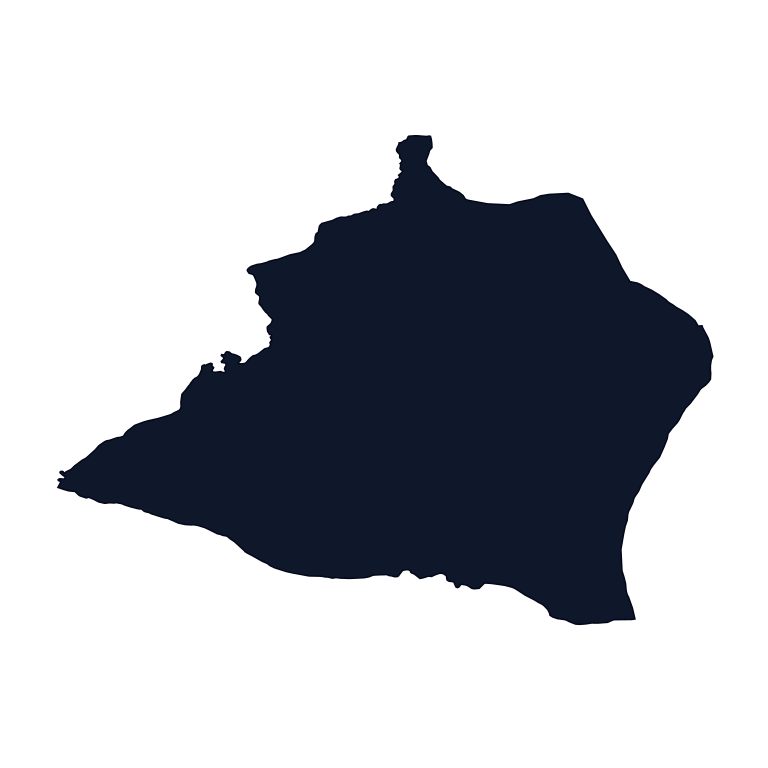 the district of Segeneity, Debub, Eritrea, rotated 268°
{"feature_id": "51966322B33057648537634", "entity_name": "Segeneity", "entity_type": "district", "adm_level": 2, "iso_a3": "ERI", "parent_name": "Eritrea", "parent_adm1": "Debub", "projection": "robinson", "projection_center": [39.223, 15.059], "detail": "fine", "context": "isolated", "style": "filled", "palette": "ink", "viewbox_px": 768, "rotation_deg": 268, "n_neighbors": 0, "source": "geoboundaries", "source_scale": "gbopen_adm2", "svg_char_len": 6134}
<svg xmlns="http://www.w3.org/2000/svg" viewBox="0 0 768 768"><g transform="rotate(268 384 384)"><path d="M629.9,439.1L630.2,437.9L629.9,435.0L630.9,426.1L631.0,423.2L630.8,417.5L630.4,416.8L627.4,415.3L626.8,413.9L626.4,412.4L625.4,411.2L624.7,409.6L624.5,407.5L623.0,407.2L618.2,404.7L616.4,404.8L614.9,405.8L612.9,407.7L610.2,407.6L609.2,407.9L608.3,409.0L607.1,409.7L606.3,409.8L605.3,409.3L603.8,407.7L602.5,408.4L598.7,407.6L597.7,408.2L596.4,409.8L595.6,409.8L594.8,409.3L592.2,405.9L590.5,406.9L589.5,406.4L588.3,404.8L587.7,402.7L585.9,401.9L584.1,402.2L582.7,401.6L580.9,400.1L577.5,400.2L576.7,400.0L574.2,398.3L572.6,397.9L571.5,398.5L569.4,400.6L567.5,400.8L565.9,400.1L565.8,398.0L565.4,396.9L564.1,394.5L563.6,392.6L563.8,389.6L563.2,388.0L563.4,387.1L563.1,385.6L561.5,384.1L560.6,383.6L559.7,383.7L558.8,383.1L558.7,382.2L559.3,379.9L559.3,378.8L558.5,377.0L556.8,375.3L557.2,372.7L556.3,369.0L554.8,364.5L554.6,360.9L554.3,359.8L552.9,357.2L552.8,354.0L551.9,352.1L552.2,346.5L551.1,342.4L549.2,338.3L546.6,327.5L544.9,325.6L543.7,324.9L537.8,323.6L536.7,321.6L535.4,321.0L533.3,320.3L529.4,320.0L527.5,319.1L525.8,317.4L520.5,310.4L518.0,304.5L516.3,294.7L512.2,282.0L511.9,279.3L510.5,273.0L509.8,271.6L508.4,265.8L507.9,261.3L506.4,256.0L505.4,254.0L504.0,252.2L502.6,251.3L501.6,251.6L499.4,253.0L498.1,256.9L496.6,257.9L494.2,258.9L489.8,260.5L488.1,260.7L485.9,260.4L482.9,259.2L480.1,258.9L479.0,259.6L476.6,262.5L475.8,262.8L474.4,263.0L473.1,262.8L469.3,261.9L468.3,262.2L465.8,264.3L462.3,266.5L459.8,268.4L458.3,270.2L456.9,270.9L453.3,274.2L452.2,274.9L448.9,273.6L447.4,272.3L445.4,269.6L444.2,269.2L440.4,269.6L439.2,270.5L437.6,271.2L437.0,273.2L436.0,273.7L434.8,272.0L433.5,272.4L433.1,273.1L431.9,273.4L429.4,271.5L428.1,271.7L427.3,272.1L425.3,271.1L424.3,270.2L423.3,266.0L418.5,259.4L417.2,256.7L416.7,254.0L414.2,250.8L410.0,246.7L409.5,245.8L409.1,243.3L409.2,240.3L409.6,239.2L410.5,239.4L412.4,241.3L413.4,241.7L415.3,241.4L416.1,240.7L417.3,238.7L418.7,235.4L419.1,233.4L419.8,232.2L421.3,230.5L421.7,228.4L421.6,227.5L420.2,226.3L419.0,225.8L418.7,224.9L419.1,222.8L418.1,222.4L417.1,223.4L416.6,224.3L415.4,225.0L413.4,223.5L412.2,222.2L411.2,222.5L410.6,225.6L410.0,226.5L409.0,226.8L408.2,226.9L406.5,225.7L404.6,225.1L402.5,226.1L401.6,225.9L401.1,225.4L401.0,223.5L401.5,222.7L402.1,220.9L401.6,216.0L401.9,213.6L402.5,213.0L403.5,212.8L404.5,213.1L405.6,214.0L406.5,214.3L407.6,213.0L408.3,212.7L410.1,213.0L410.8,211.7L410.2,209.4L408.7,205.6L409.4,205.2L408.7,203.1L407.6,202.5L404.9,202.3L400.5,200.3L398.8,199.2L397.3,197.6L396.3,195.4L394.9,193.6L391.7,190.9L389.7,189.6L388.7,188.5L384.9,185.6L381.5,182.3L380.4,181.6L373.2,180.4L368.2,180.4L365.7,179.4L364.5,177.8L362.6,173.3L361.0,170.5L360.3,168.3L357.3,156.8L355.4,146.6L354.4,142.6L351.9,134.9L351.1,133.0L348.1,129.0L346.7,126.8L344.5,124.4L343.2,123.3L341.2,122.1L340.7,121.3L339.8,118.1L339.7,115.6L337.4,108.1L336.7,104.1L335.4,101.7L332.3,96.9L328.2,93.1L320.8,84.3L319.9,82.9L318.4,79.8L316.8,77.5L312.9,71.9L309.5,68.2L307.2,63.0L305.8,61.5L307.6,60.2L307.9,59.5L308.0,58.1L307.5,57.3L306.6,57.1L304.1,59.7L302.2,62.2L300.9,61.8L300.1,60.8L300.6,56.9L300.5,56.1L299.6,54.9L298.8,55.3L298.5,56.3L297.7,57.3L296.9,57.3L292.0,54.5L290.0,59.8L288.2,65.3L287.4,71.4L283.4,75.3L282.5,77.0L280.5,82.6L281.0,84.3L280.9,85.6L278.8,90.0L276.1,94.8L274.5,100.8L274.9,105.4L274.5,110.3L274.8,112.2L273.6,117.7L272.2,120.6L270.0,126.7L267.8,134.4L267.6,136.7L267.2,137.9L265.7,139.2L264.7,140.9L263.7,144.8L262.5,146.8L259.1,156.3L257.8,160.2L257.3,163.1L252.2,173.6L250.5,180.4L249.9,186.4L250.0,188.4L249.6,190.8L249.0,193.5L246.6,200.3L240.1,212.4L239.5,214.9L238.3,217.8L237.5,221.7L234.4,225.2L231.8,228.9L222.4,238.5L221.3,239.3L219.2,242.5L218.1,244.6L211.1,256.1L208.7,261.1L206.4,263.9L204.0,268.6L200.0,279.8L198.5,285.6L194.8,302.3L194.2,313.2L193.8,316.2L193.2,318.6L193.1,321.0L191.9,325.2L191.8,326.7L192.2,328.2L192.1,330.4L191.6,333.1L190.9,342.9L191.1,357.4L191.9,362.5L193.1,365.6L193.4,367.2L193.5,372.6L193.4,380.4L192.5,382.0L191.9,385.2L191.0,387.9L191.1,390.9L191.8,391.8L196.7,395.8L197.3,397.2L197.6,400.1L197.5,402.0L196.7,403.4L196.0,403.9L195.0,404.1L194.0,405.3L193.2,407.4L192.6,408.2L188.4,413.2L189.1,417.1L190.4,421.6L190.0,425.0L190.7,426.4L191.9,429.5L192.8,432.6L192.9,434.3L192.5,436.5L190.6,439.1L189.7,439.8L187.4,439.9L186.3,440.1L185.6,440.5L184.6,442.2L184.0,446.4L183.2,447.1L178.8,448.7L178.1,449.8L178.0,450.7L178.5,451.8L180.8,453.6L181.1,454.7L180.5,458.2L179.7,460.4L176.7,464.7L176.2,467.0L176.5,472.0L181.4,477.3L181.5,478.8L181.0,484.0L179.4,493.4L178.5,498.1L176.5,504.7L175.2,507.6L168.0,517.9L162.9,527.0L160.6,530.4L158.4,534.3L157.1,536.0L152.9,539.8L148.9,541.6L147.3,541.7L146.6,542.5L145.2,544.6L143.5,549.1L142.2,556.6L141.6,558.2L140.0,561.0L137.4,567.0L137.1,569.4L137.0,571.9L137.2,577.2L137.9,583.2L137.6,589.4L138.0,599.1L140.3,604.9L140.4,607.1L140.0,623.3L140.4,626.6L151.5,624.4L162.2,621.0L165.2,619.6L169.0,618.8L176.3,618.4L182.5,617.1L189.0,615.3L210.4,615.0L224.9,618.0L233.3,620.0L239.2,622.3L245.0,623.0L247.8,623.8L256.2,628.2L261.6,630.0L268.1,634.7L274.7,637.8L286.3,645.6L289.5,647.1L293.6,650.1L301.3,656.7L311.3,661.6L319.4,665.1L324.6,666.2L329.8,670.5L335.3,675.8L337.7,677.5L345.0,681.5L347.4,683.3L349.1,684.2L354.2,689.5L362.9,696.6L367.5,699.7L368.9,701.3L371.6,705.2L374.8,708.5L377.4,710.4L383.4,710.9L386.8,710.7L391.4,710.9L396.6,711.9L400.0,713.5L414.6,710.7L418.9,709.4L428.9,704.5L431.1,703.9L430.9,700.0L436.5,697.0L442.7,690.3L446.8,684.6L450.3,678.8L453.0,675.4L454.7,672.7L456.0,670.9L458.4,668.6L463.5,662.0L468.2,654.8L472.2,647.1L474.3,644.2L476.0,640.8L477.8,633.3L492.1,625.5L504.8,620.1L518.6,611.7L545.5,596.4L561.9,588.9L568.0,574.8L567.7,555.7L566.6,547.0L563.7,539.9L561.1,524.1L558.6,515.8L560.4,493.8L564.7,474.3L565.8,471.8L569.5,469.7L572.4,466.4L573.5,464.7L576.4,458.9L578.5,456.8L579.3,453.5L581.1,451.4L585.8,446.4L588.0,445.2L594.5,439.4L598.9,437.3L600.7,434.8L605.4,433.6L612.3,436.5L616.0,437.7L618.5,440.2L622.5,440.2L626.8,439.8L629.9,439.1Z" fill="#0f172a" stroke="#020617" stroke-width="1.5"/></g></svg>